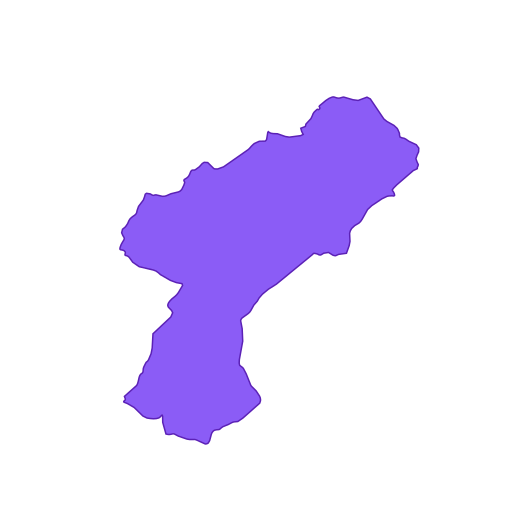 the border of Takhar, rotated 51°
{"feature_id": "AFG-1765", "entity_name": "Takhar", "entity_type": "Province", "adm_level": 1, "iso_a3": "AFG", "parent_name": "Afghanistan", "parent_adm1": "", "projection": "robinson", "projection_center": [69.729, 36.705], "detail": "fine", "context": "isolated", "style": "filled", "palette": "violet", "viewbox_px": 512, "rotation_deg": 51, "n_neighbors": 0, "source": "natural_earth", "source_scale": "10m", "svg_char_len": 4033}
<svg xmlns="http://www.w3.org/2000/svg" viewBox="0 0 512 512"><g transform="rotate(51 256 256)"><path d="M270.4,61.4L274.6,61.6L277.4,64.1L279.1,67.5L281.0,70.5L284.7,71.8L287.0,72.3L287.9,73.3L288.6,74.8L289.6,75.7L289.6,75.9L288.6,80.0L289.3,102.0L289.8,106.3L290.4,108.5L291.4,108.8L293.0,108.9L294.5,109.3L296.0,110.0L296.2,110.6L295.9,111.4L294.9,112.3L293.0,114.9L292.1,116.6L290.8,122.2L289.7,134.3L290.1,140.0L294.2,150.3L295.0,153.0L295.2,155.3L294.5,160.1L294.8,164.3L295.8,166.9L297.2,168.9L303.8,173.8L306.6,177.1L310.8,184.0L306.7,190.8L305.9,193.9L305.2,194.7L303.8,195.7L298.9,197.4L296.4,201.7L296.3,202.9L296.0,204.8L295.6,205.6L294.6,206.4L293.1,207.0L290.9,208.7L290.2,209.7L290.4,211.3L290.7,257.9L289.6,267.3L289.7,275.1L290.6,280.1L291.9,283.4L292.8,288.6L295.1,294.2L295.7,296.4L295.8,298.4L295.4,306.0L295.9,307.7L296.7,308.7L303.8,312.5L313.8,319.9L326.1,334.2L328.7,336.5L330.7,337.5L334.3,336.6L335.6,336.6L341.5,337.8L353.1,341.4L354.3,341.5L361.0,340.8L367.1,341.4L369.0,342.0L370.5,342.9L371.3,343.6L372.7,345.7L373.7,368.2L373.2,374.3L371.2,377.3L370.7,378.3L370.3,379.6L369.6,383.2L367.8,389.2L367.7,391.0L367.8,393.0L367.6,394.0L366.1,396.2L365.2,398.1L365.2,399.7L365.6,401.4L366.5,403.0L370.3,408.2L371.3,410.8L371.0,412.4L370.2,413.7L361.2,418.2L360.1,419.0L356.8,423.1L354.8,424.9L347.1,429.7L343.1,431.4L342.5,431.8L341.9,432.5L340.8,434.7L340.1,435.8L339.4,436.6L337.7,438.0L326.6,433.2L321.6,429.3L320.6,429.1L320.4,429.8L320.8,431.4L320.7,433.4L319.6,435.8L317.9,438.2L315.5,440.7L313.3,442.7L309.2,444.6L297.1,446.0L289.7,448.8L286.7,450.5L286.1,450.6L285.7,450.2L285.6,448.7L285.4,448.1L285.1,447.7L284.6,447.4L282.3,446.6L281.5,430.2L280.7,428.4L279.3,426.4L276.7,423.1L275.7,421.4L275.3,419.8L275.4,418.3L275.4,417.9L275.2,417.3L274.8,416.6L274.1,415.9L272.7,414.6L271.7,413.2L269.9,409.3L269.5,408.2L269.5,407.6L269.5,406.4L269.3,405.8L269.0,404.8L265.9,399.0L262.2,394.6L251.6,385.0L249.8,360.6L247.7,356.5L245.3,355.9L240.8,356.3L240.2,356.2L239.6,356.0L238.8,355.6L238.1,354.8L237.4,353.5L236.8,351.5L236.4,348.3L236.4,344.0L236.2,341.9L235.6,339.4L232.7,331.6L230.9,330.9L226.6,334.6L221.0,337.9L210.3,342.0L207.5,342.4L204.7,343.2L202.3,344.6L190.8,353.5L183.3,355.7L177.1,355.4L175.6,355.7L174.4,356.3L173.7,356.9L173.1,357.2L172.7,357.1L172.2,356.7L171.4,355.6L170.6,355.1L169.1,355.1L168.2,355.5L167.3,356.1L165.9,357.3L165.3,357.5L164.7,357.2L163.8,356.2L162.2,353.5L161.4,351.5L160.3,348.5L159.7,347.5L158.6,346.9L156.3,346.6L153.4,345.8L151.2,342.9L151.2,339.5L150.8,337.8L150.1,335.5L148.5,332.4L147.8,330.2L147.7,327.3L147.9,325.2L147.9,323.3L147.3,321.6L145.7,319.6L143.5,316.0L141.6,308.3L139.8,305.3L138.3,303.2L138.3,302.3L138.4,301.6L141.2,299.1L143.3,298.3L144.1,297.8L144.5,297.3L144.7,296.8L144.9,296.2L145.3,295.6L145.7,295.1L150.8,291.1L151.5,290.1L152.2,289.1L152.8,287.6L154.1,282.9L157.5,275.7L157.8,273.9L157.6,271.9L155.6,267.6L154.4,265.7L154.0,265.2L153.5,264.9L153.1,264.8L152.3,264.7L151.7,264.3L151.4,263.5L151.7,261.6L151.8,260.0L151.6,258.3L150.8,256.3L149.3,253.6L149.2,253.2L149.0,252.3L149.1,251.7L149.3,251.2L150.5,249.8L150.8,248.4L151.0,243.9L150.3,239.5L150.5,238.1L150.6,237.3L153.0,234.7L161.1,233.8L161.6,233.7L162.3,233.3L164.2,231.1L166.3,225.1L168.4,195.2L168.3,193.5L167.8,190.6L167.6,188.6L167.5,186.6L168.8,181.6L169.2,180.8L172.5,176.6L172.4,175.3L172.1,174.4L167.3,169.0L167.1,168.2L167.7,168.1L169.8,167.3L171.7,165.6L174.5,162.4L181.6,158.0L184.6,155.3L190.6,145.5L191.2,142.8L187.9,142.1L184.9,140.8L186.4,136.1L184.9,134.2L183.8,126.8L182.3,123.7L181.4,122.2L180.8,120.4L180.6,118.4L180.5,116.4L180.7,115.8L181.2,115.6L181.6,115.3L181.7,114.1L181.2,113.2L179.5,112.8L179.2,112.0L179.1,103.9L179.5,99.9L180.5,96.6L181.4,95.4L184.0,93.7L185.3,92.5L186.0,91.4L187.1,88.8L187.7,87.8L195.6,82.3L199.4,78.7L202.4,69.8L205.9,68.3L229.9,70.4L233.8,69.6L241.3,66.6L245.6,66.0L247.0,66.2L250.9,67.3L252.2,68.3L254.1,69.2L255.9,68.3L257.7,66.8L259.5,66.0L263.0,65.0L270.4,61.4Z" fill="#8b5cf6" stroke="#5b21b6" stroke-width="1.5"/></g></svg>